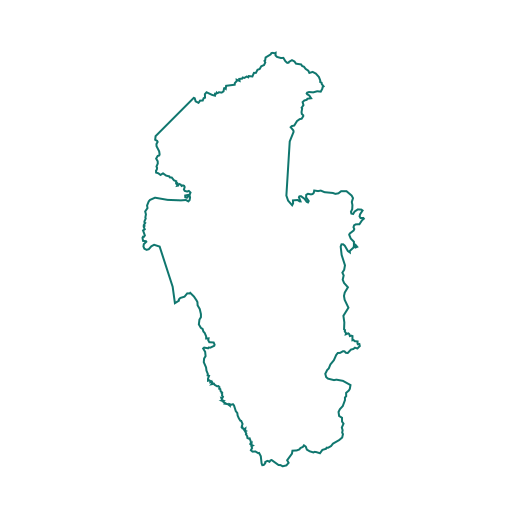 outline of Carmen Del Darién (Curbaradó), Chocó, Colombia, rotated 283°
{"feature_id": "7082276B82467093202899", "entity_name": "Carmen Del Darién (Curbaradó)", "entity_type": "district", "adm_level": 2, "iso_a3": "COL", "parent_name": "Colombia", "parent_adm1": "Chocó", "projection": "albers", "projection_center": [-77.0, 7.04], "detail": "fine", "context": "isolated", "style": "outline", "palette": "teal", "viewbox_px": 512, "rotation_deg": 283, "n_neighbors": 0, "source": "geoboundaries", "source_scale": "gbopen_adm2", "svg_char_len": 6091}
<svg xmlns="http://www.w3.org/2000/svg" viewBox="0 0 512 512"><g transform="rotate(283 256 256)"><path d="M98.5,380.8L102.0,380.8L103.3,379.7L105.7,379.6L108.2,378.2L112.3,379.0L114.0,377.1L117.7,376.2L118.8,373.0L122.6,371.5L125.6,372.2L129.3,374.3L135.6,375.1L138.1,374.5L139.7,375.4L142.9,374.6L145.8,376.7L147.7,377.3L151.5,377.1L153.9,368.8L153.6,362.2L152.6,359.9L152.7,353.7L153.8,351.6L156.8,350.0L160.9,351.0L162.8,352.2L167.1,352.9L171.9,355.3L177.6,356.4L179.9,357.5L180.5,359.7L182.8,362.2L183.0,363.7L181.9,365.3L182.1,367.2L186.2,369.6L187.3,371.8L188.9,373.0L188.7,375.6L191.6,377.4L193.5,376.5L192.9,375.1L193.5,374.6L195.6,374.2L195.2,371.3L196.1,369.9L195.6,368.9L199.7,368.0L199.8,366.7L199.1,365.5L200.9,364.4L201.4,363.3L199.9,361.1L201.1,361.1L202.4,359.5L203.8,359.4L204.4,358.3L211.2,357.0L217.4,354.6L226.4,357.7L233.3,352.2L236.9,350.7L240.4,350.7L246.2,352.6L249.5,347.9L252.4,345.8L256.8,345.8L259.2,343.9L262.4,345.0L266.9,344.8L276.3,339.2L284.2,336.4L286.6,336.7L287.0,338.3L286.0,340.2L281.5,344.4L280.6,346.6L281.9,346.2L286.3,349.2L287.5,349.1L287.2,349.8L287.9,350.3L286.7,351.1L287.7,352.5L289.4,350.2L289.7,348.7L291.9,348.2L294.3,344.4L297.7,342.0L299.0,342.3L302.8,345.4L304.4,345.7L306.0,344.5L308.0,344.7L309.3,346.1L310.2,349.6L314.7,351.3L316.6,352.7L317.2,352.0L316.5,349.3L317.9,348.0L320.0,348.0L324.3,349.6L324.9,348.2L324.3,344.7L321.5,342.1L318.8,341.2L318.8,339.4L320.4,338.6L323.3,339.2L327.3,338.5L330.2,337.2L334.2,337.5L336.4,335.6L339.5,329.6L338.3,324.4L335.6,322.2L334.4,319.4L334.7,316.7L333.6,308.4L334.3,304.4L333.2,301.9L332.9,298.0L330.6,298.1L329.1,297.2L328.4,295.7L328.3,292.6L326.9,291.2L324.4,291.6L321.4,295.0L319.9,294.6L320.2,293.2L322.6,290.5L324.4,286.4L323.9,284.9L322.9,284.6L319.2,287.1L319.0,286.3L319.9,283.9L318.5,279.5L315.6,280.3L313.6,279.8L317.2,274.8L321.7,272.0L375.2,263.1L385.4,264.7L386.7,264.2L389.3,260.8L390.6,261.6L391.7,263.9L396.7,265.6L399.2,267.8L400.0,269.6L402.9,270.6L403.7,270.4L404.7,268.7L406.4,268.0L410.0,267.8L410.7,267.1L413.7,268.3L416.4,266.8L418.4,268.1L419.6,270.3L420.8,270.7L422.1,274.2L424.4,271.8L425.1,269.5L425.8,268.8L426.7,269.1L427.7,270.8L428.3,274.9L430.3,278.6L430.7,282.1L433.9,283.0L435.6,282.9L436.5,283.7L438.2,281.5L439.6,280.9L440.0,279.4L441.5,279.1L444.6,277.0L447.2,273.3L448.1,269.8L446.4,266.8L448.3,265.3L449.5,262.2L451.2,260.2L451.5,258.2L452.8,256.9L452.4,251.7L454.2,249.7L454.9,247.0L452.7,244.6L451.7,244.3L451.2,243.0L452.4,240.8L455.2,238.1L454.5,235.8L454.7,231.7L455.8,229.9L458.4,229.4L457.7,228.5L457.7,226.6L457.2,225.4L455.7,224.9L451.6,220.7L448.7,220.9L448.0,220.4L446.7,221.5L443.9,220.9L442.0,218.4L439.0,217.5L437.8,215.6L434.4,214.7L434.0,212.8L430.1,212.1L429.7,208.5L428.4,208.3L428.8,206.6L426.9,204.6L426.9,202.9L425.7,202.6L424.8,199.9L422.9,200.6L423.4,197.5L422.2,197.9L419.8,196.5L418.1,196.7L415.1,188.6L412.1,188.9L412.6,187.9L412.3,187.2L409.1,187.3L407.5,185.8L407.2,183.0L406.2,182.1L405.7,181.1L406.1,180.8L404.6,180.3L404.7,179.6L403.0,179.9L403.1,176.9L404.4,171.0L402.2,169.8L398.8,170.7L398.0,169.5L395.5,169.1L394.8,166.5L392.5,165.7L392.1,166.3L393.1,162.4L395.9,160.8L396.1,159.8L350.2,131.2L346.6,131.6L345.9,133.8L345.0,134.5L342.7,133.8L340.6,134.4L336.2,138.1L333.4,139.2L332.2,139.1L331.4,137.7L328.4,136.8L326.2,138.9L324.0,139.5L320.8,138.9L319.6,139.8L317.9,139.9L316.7,139.4L314.8,139.9L314.6,142.3L313.5,144.7L315.6,146.8L314.1,150.4L314.1,153.6L313.2,154.3L313.5,156.3L311.3,159.0L310.9,161.5L309.2,161.7L309.3,162.6L308.2,162.5L307.8,163.7L306.7,163.4L307.1,164.3L308.4,164.2L308.9,164.9L308.6,166.6L307.5,167.8L308.4,168.9L308.2,170.2L307.1,171.0L304.6,170.8L303.4,171.9L303.3,174.4L304.3,175.9L303.1,177.9L300.9,177.6L299.0,173.4L297.3,173.9L297.2,175.6L299.5,177.0L299.4,178.0L298.1,178.6L295.5,178.7L294.0,177.8L294.8,175.1L293.3,170.3L290.8,157.2L290.1,144.5L286.8,140.1L285.1,139.2L280.7,138.5L278.3,139.5L274.5,138.0L271.8,139.4L268.7,139.5L267.7,140.1L264.6,139.5L263.4,139.9L263.2,140.6L260.8,139.7L260.2,140.6L259.2,140.0L257.0,141.6L255.5,140.2L251.0,143.1L249.4,142.4L249.4,141.6L248.2,141.3L245.3,142.6L245.7,145.4L245.2,145.9L242.3,144.0L239.9,144.2L238.0,145.6L237.4,148.0L238.5,150.0L241.9,151.8L244.0,154.2L243.5,160.0L207.3,181.7L191.8,187.6L195.1,190.9L196.3,190.6L198.1,191.7L200.3,195.5L204.1,197.4L204.6,199.8L205.3,200.2L202.5,204.7L199.3,208.1L197.9,209.3L194.8,210.2L191.7,213.1L187.0,215.4L184.0,216.1L181.3,215.2L176.5,215.7L173.6,218.4L172.9,220.4L170.6,221.7L169.5,223.3L166.5,225.5L164.4,226.0L165.1,228.3L163.2,228.4L161.5,229.9L162.2,234.2L160.3,235.6L159.1,235.5L156.4,232.1L156.2,230.5L155.3,230.1L155.1,226.1L154.0,225.3L151.2,228.0L147.1,229.4L144.5,228.5L140.8,229.0L136.2,232.4L133.2,233.5L130.2,235.6L128.8,235.7L128.7,237.2L125.7,236.8L123.7,237.3L124.4,238.5L124.0,239.4L122.8,239.8L123.7,240.7L123.1,240.9L123.4,241.5L122.5,242.3L121.1,241.6L122.1,243.8L121.2,244.6L120.3,247.5L120.8,248.6L120.0,249.9L118.4,250.0L118.3,251.1L116.3,252.0L115.4,253.6L114.8,253.3L114.0,254.1L112.3,254.3L111.4,255.5L109.7,255.0L109.8,254.2L108.0,255.3L107.8,256.3L107.3,255.3L107.0,257.2L106.4,257.2L105.8,259.1L105.1,258.8L105.3,261.9L104.3,264.1L105.7,263.6L105.5,265.3L106.4,266.9L105.4,268.2L100.3,271.2L98.8,273.1L96.4,274.0L94.0,275.8L92.0,277.8L92.0,278.7L89.3,280.7L87.4,280.5L86.3,281.1L85.9,280.6L84.9,281.7L85.1,282.6L84.1,283.4L85.4,284.4L83.4,284.6L83.2,285.4L82.7,284.8L80.8,286.5L80.0,286.3L78.3,288.1L76.8,288.5L76.4,289.9L76.9,290.8L73.4,293.1L71.5,292.7L71.0,293.6L71.7,293.9L70.9,294.0L70.6,295.5L69.5,294.4L68.0,295.4L65.6,294.7L64.6,296.6L65.4,299.4L64.4,302.5L64.8,303.3L62.0,305.7L55.2,308.1L53.6,309.2L54.1,310.5L56.1,311.6L57.2,311.3L58.5,312.6L59.0,313.5L58.5,315.4L60.1,316.1L60.7,317.1L57.4,325.0L57.8,326.8L57.1,329.3L58.8,332.7L61.8,334.3L64.0,332.3L71.5,335.5L74.5,335.3L75.7,339.4L77.3,341.8L78.9,342.5L80.5,344.6L82.3,345.3L81.4,347.4L78.8,349.1L77.8,352.2L77.5,356.2L78.3,357.0L78.5,358.7L78.2,362.7L82.0,364.3L83.9,367.6L85.1,367.9L85.4,369.4L87.7,371.9L90.5,373.2L95.3,378.4L98.5,380.8Z" fill="none" stroke="#0f766e" stroke-width="2"/></g></svg>